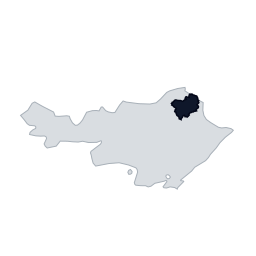 Talin, Aragatsotn, Armenia (highlighted), rotated 142°
{"feature_id": "60910142B13156315773752", "entity_name": "Talin", "entity_type": "district", "adm_level": 2, "iso_a3": "ARM", "parent_name": "Armenia", "parent_adm1": "Aragatsotn", "projection": "natural_earth1", "projection_center": [43.741, 40.354], "detail": "fine", "context": "in_parent", "style": "filled", "palette": "ink", "viewbox_px": 256, "rotation_deg": 142, "n_neighbors": 0, "source": "geoboundaries", "source_scale": "gbopen_adm2", "svg_char_len": 3740}
<svg xmlns="http://www.w3.org/2000/svg" viewBox="0 0 256 256"><g transform="rotate(142 128 128)"><path d="M115.2,152.3L113.4,149.5L104.4,140.4L96.0,133.4L90.3,130.5L84.5,130.8L75.6,132.2L72.3,131.6L64.5,128.5L58.1,124.9L58.9,123.4L60.3,122.3L58.7,117.6L55.1,110.0L55.5,107.6L54.3,104.3L53.1,101.8L58.1,95.9L60.5,91.1L61.0,86.5L59.6,81.6L56.3,72.9L54.2,70.4L50.4,68.0L47.2,64.1L46.4,61.4L49.1,60.8L57.0,60.8L64.6,59.8L70.6,58.0L79.2,56.5L82.8,55.2L87.0,54.5L99.6,56.0L104.3,54.9L118.6,54.6L118.9,54.1L117.0,52.2L117.0,51.5L125.5,50.4L126.8,49.5L127.9,52.4L131.1,55.7L134.6,57.0L136.5,58.8L136.6,60.1L130.4,61.8L130.0,62.6L130.4,63.4L132.2,63.8L140.9,67.9L145.8,68.0L148.4,69.2L149.7,71.7L153.8,75.0L157.1,78.2L157.3,79.3L156.7,81.0L147.6,87.3L146.4,89.5L146.3,91.8L150.4,98.6L156.4,106.1L165.0,111.8L176.9,117.9L177.1,121.8L175.2,126.3L173.6,129.4L172.9,131.5L171.5,132.4L159.7,132.2L157.9,132.9L157.2,133.8L157.1,134.6L161.4,135.9L168.0,140.8L171.9,145.5L175.9,147.6L180.3,151.4L183.9,154.9L189.5,159.4L195.7,157.9L204.0,162.0L204.4,164.7L203.9,167.1L198.7,169.8L198.1,170.9L198.1,171.9L198.8,173.2L201.9,175.4L205.5,178.6L209.6,183.5L207.8,184.9L204.0,185.1L201.1,184.5L200.0,185.5L200.1,187.1L204.0,190.8L204.8,193.5L204.7,198.2L204.9,204.1L195.9,203.7L188.3,206.5L185.4,205.9L183.4,200.9L181.7,196.9L176.8,186.4L178.1,182.2L175.3,179.7L168.7,175.3L167.0,173.4L167.9,170.9L168.6,166.3L167.9,162.6L166.1,161.4L162.9,161.4L158.9,162.3L150.9,165.9L145.4,163.6L142.2,161.3L140.3,159.3L136.2,161.0L135.1,160.2L134.9,155.4L133.6,152.8L131.1,149.8L128.8,148.3L120.3,151.3L115.2,152.3ZM128.0,66.6L128.3,64.8L127.9,63.3L126.5,62.8L124.8,63.2L124.7,64.9L125.2,66.6L126.9,67.3L128.0,66.6ZM155.4,93.2L153.5,94.2L151.6,93.8L151.6,91.1L152.9,90.0L154.5,90.1L155.9,91.0L155.4,93.2Z" fill="#d9dde1" stroke="#a8b0b8" stroke-width="1"/><path d="M81.0,101.9L80.7,102.3L80.3,102.7L79.2,102.8L78.2,103.1L76.9,103.8L75.7,103.2L76.1,101.7L75.1,101.3L74.7,100.9L74.7,100.3L74.7,100.2L74.0,100.2L73.4,100.2L72.7,100.4L71.9,100.5L71.9,101.1L72.0,101.5L71.9,101.7L71.7,101.7L71.4,101.5L71.0,101.4L70.8,101.4L70.4,101.6L69.6,101.8L69.2,101.8L68.8,101.4L68.3,101.1L67.7,101.2L66.5,100.4L66.3,100.4L66.0,100.7L64.2,99.6L63.4,99.3L63.4,100.5L62.0,100.7L60.1,100.7L59.2,101.6L59.1,102.0L59.3,103.2L59.4,103.9L58.8,104.0L57.3,104.2L56.6,104.3L56.5,104.5L56.5,105.1L56.5,105.9L55.7,105.9L55.7,106.0L55.4,106.1L55.4,106.3L55.4,106.5L55.5,106.7L55.5,106.8L55.6,107.0L55.7,107.3L55.7,107.5L55.6,107.8L55.4,107.8L55.3,108.0L55.2,108.1L54.9,108.3L55.0,108.4L55.0,108.5L55.0,108.8L54.9,108.9L54.7,108.9L54.6,109.0L54.6,109.3L54.5,109.5L54.4,109.6L54.4,109.8L54.5,109.8L54.5,110.0L54.4,110.3L54.3,110.5L54.2,110.6L54.2,110.8L54.3,110.8L54.3,111.0L54.5,111.1L54.7,111.4L54.7,111.5L54.8,111.7L54.9,111.8L55.0,111.9L55.1,112.0L55.3,112.3L55.3,112.5L55.4,112.8L55.5,112.8L55.8,112.9L55.8,113.0L55.9,113.3L56.1,113.4L56.1,113.6L56.3,113.8L56.5,114.0L56.6,114.3L56.5,114.5L56.4,114.6L56.4,114.8L56.6,114.9L56.8,115.0L56.8,115.4L56.9,115.5L57.0,115.6L57.3,115.5L57.5,115.7L57.8,115.5L58.1,115.7L58.3,115.8L58.5,116.0L58.7,116.4L58.9,116.4L59.0,116.4L59.0,116.5L58.9,116.6L59.0,116.6L60.2,115.7L60.5,115.5L61.0,114.4L62.2,115.6L62.7,116.7L63.4,116.9L64.7,116.2L64.4,115.5L64.4,114.7L65.1,115.0L65.8,115.3L67.5,115.3L68.5,115.3L69.7,117.3L71.7,118.9L72.5,119.9L73.0,120.7L73.6,120.8L74.0,121.1L74.7,121.1L75.0,120.7L76.0,120.8L76.5,120.5L76.8,120.5L77.0,120.6L77.3,121.0L77.9,120.7L78.1,120.6L78.6,120.6L78.4,119.6L79.4,119.2L79.2,118.7L78.5,116.7L78.8,116.5L78.0,114.2L78.1,113.4L79.6,113.3L80.1,112.6L80.9,112.5L81.1,111.9L80.4,111.3L81.1,109.9L81.7,107.7L81.4,107.1L81.1,105.5L81.5,104.5L82.0,103.7L81.4,102.7L81.0,101.9Z" fill="#0f172a" stroke="#020617" stroke-width="1.5"/></g></svg>